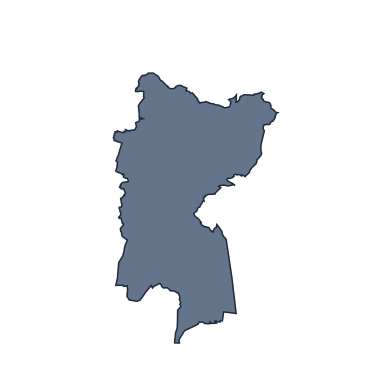 Almoloya, Hidalgo, Mexico (Robinson projection), rotated 319°
{"feature_id": "50627088B66960340766478", "entity_name": "Almoloya", "entity_type": "district", "adm_level": 2, "iso_a3": "MEX", "parent_name": "Mexico", "parent_adm1": "Hidalgo", "projection": "robinson", "projection_center": [-98.314, 19.738], "detail": "fine", "context": "isolated", "style": "filled", "palette": "slate", "viewbox_px": 384, "rotation_deg": 319, "n_neighbors": 0, "source": "geoboundaries", "source_scale": "gbopen_adm2", "svg_char_len": 6058}
<svg xmlns="http://www.w3.org/2000/svg" viewBox="0 0 384 384"><g transform="rotate(319 192 192)"><path d="M249.8,213.7L253.2,213.0L256.5,212.7L258.3,212.9L260.4,211.9L262.4,210.3L264.9,210.2L268.2,209.5L270.1,208.3L270.4,207.3L271.2,206.0L273.1,203.7L274.2,202.7L274.7,201.9L286.6,193.4L287.3,191.0L288.1,189.9L288.8,189.3L289.8,189.0L290.2,188.6L291.1,188.9L291.5,189.5L292.9,189.9L293.4,190.4L293.5,191.0L293.9,191.4L295.7,191.9L296.4,191.0L297.3,191.2L297.7,191.0L298.4,191.0L299.2,191.6L300.4,191.6L301.2,190.9L302.3,191.0L303.5,190.2L303.8,190.2L305.3,189.2L305.5,188.7L305.9,188.4L306.5,188.4L307.1,188.1L308.7,188.3L307.7,187.1L307.5,185.9L307.6,184.3L306.7,180.4L307.2,179.5L308.2,178.7L308.9,176.4L308.9,175.4L308.6,174.4L307.5,173.3L306.0,171.0L305.9,170.1L306.5,168.9L306.2,166.7L306.7,165.9L307.7,165.7L308.6,164.8L310.8,164.9L309.8,162.0L308.3,161.7L305.2,160.4L304.3,159.9L303.9,159.3L303.0,158.9L302.1,159.4L295.3,152.9L294.9,152.7L291.6,151.8L290.6,151.8L288.9,153.1L288.1,153.4L286.9,153.5L286.1,153.9L284.2,153.2L289.2,147.9L286.9,148.3L284.6,148.2L282.9,147.6L281.7,146.7L280.2,146.4L280.5,148.0L280.3,149.2L280.0,149.9L279.2,150.6L278.8,150.6L277.8,151.6L276.2,152.2L273.4,151.0L271.5,149.4L271.1,148.9L271.2,147.7L270.1,146.4L269.7,145.0L269.2,144.0L266.7,141.3L266.2,139.7L265.2,138.8L264.8,138.0L264.0,137.4L263.7,136.9L263.8,136.4L263.1,135.8L263.2,135.3L262.5,134.5L262.1,133.1L259.7,132.0L257.1,130.1L256.5,130.0L256.0,129.7L256.6,128.1L256.5,126.2L256.7,125.9L257.3,125.6L257.3,117.6L256.8,117.5L256.3,116.9L255.7,115.5L255.8,114.6L255.6,114.1L254.0,111.4L255.4,110.9L256.2,110.3L255.5,108.5L254.2,106.3L253.5,104.3L252.4,103.2L250.7,102.1L249.5,102.2L248.8,101.8L248.2,102.1L247.4,102.2L246.5,102.1L245.7,101.4L244.4,100.9L243.1,99.1L243.0,97.8L242.7,97.2L242.7,96.5L243.1,96.3L243.0,95.7L242.6,95.0L242.6,92.7L242.4,92.3L242.4,89.5L242.1,88.4L241.7,87.6L241.6,86.2L242.0,85.0L242.4,82.2L240.7,76.8L236.9,73.5L236.0,73.7L235.1,73.7L232.8,72.8L232.3,72.9L232.0,72.1L231.8,71.9L230.9,71.5L229.7,71.4L229.0,71.8L228.7,71.8L225.5,72.6L224.5,73.1L223.7,74.1L223.8,74.3L223.6,75.0L223.4,75.3L222.7,75.5L222.4,76.2L221.2,76.9L219.4,77.3L218.9,77.2L218.8,77.5L218.1,78.1L217.6,77.7L217.5,77.3L215.8,78.4L215.5,78.8L215.4,79.2L216.0,79.7L216.8,80.8L217.7,81.0L218.2,81.5L219.4,82.1L221.3,84.4L221.1,85.1L220.4,85.9L219.2,86.9L218.5,88.0L218.0,88.2L217.8,89.6L210.9,90.8L208.2,91.7L204.0,97.6L201.1,101.1L203.2,104.6L202.3,104.2L200.0,102.4L198.8,103.9L194.8,102.8L192.9,106.3L189.8,107.5L186.7,105.7L184.8,104.4L184.3,104.6L182.8,101.4L182.1,102.7L181.1,102.1L180.6,102.5L180.3,101.9L179.9,102.4L178.8,101.7L177.2,99.7L175.8,96.8L174.9,97.6L173.6,96.0L168.1,99.6L168.2,100.1L168.0,100.9L167.7,101.3L168.0,101.6L167.5,102.1L167.1,102.2L171.2,109.1L158.8,116.9L158.6,116.7L156.5,118.0L155.2,118.5L155.1,119.1L155.4,120.5L151.6,124.0L148.2,126.3L148.5,127.0L148.6,127.8L150.8,131.6L150.7,132.9L150.9,133.3L152.2,133.5L152.3,133.8L151.7,134.4L150.5,135.1L150.2,136.0L151.0,138.2L152.2,139.3L151.1,142.4L150.9,142.4L145.8,139.2L143.9,139.3L143.3,139.8L142.9,139.5L142.3,139.8L141.9,140.8L141.0,140.9L140.7,140.6L140.4,140.8L140.9,143.6L141.8,144.3L142.5,144.5L142.6,144.9L142.1,145.8L141.2,148.8L139.1,150.3L139.1,149.6L138.3,149.7L137.7,150.2L137.0,150.1L136.1,150.5L134.4,150.1L133.8,150.1L133.0,151.7L131.6,153.8L130.9,155.8L130.4,155.9L129.4,156.9L129.0,157.1L128.4,156.6L128.1,156.6L127.9,156.2L127.0,155.8L126.3,156.6L125.5,158.9L124.7,159.6L124.5,161.3L124.3,161.6L122.7,162.5L122.6,162.8L120.0,162.9L119.8,163.8L120.0,164.5L120.4,164.8L121.3,165.2L118.9,169.9L119.4,171.5L116.9,172.3L116.1,172.2L113.7,172.8L112.5,174.8L112.3,175.7L112.5,175.8L110.5,179.0L110.3,180.3L111.7,185.8L106.9,188.2L104.5,189.8L101.2,192.6L99.6,193.5L99.2,194.1L97.1,195.1L90.5,197.1L79.2,208.1L73.2,212.5L78.8,217.1L78.4,217.8L78.8,218.7L81.5,220.3L80.7,221.2L80.5,221.8L78.7,224.1L77.3,225.6L76.4,225.8L76.1,226.6L75.1,227.5L74.9,227.5L74.3,228.5L73.9,232.6L75.0,233.7L78.7,238.4L80.3,239.0L82.0,239.5L91.7,237.2L99.8,235.8L99.2,238.6L100.2,238.4L100.8,238.0L107.8,240.0L107.8,241.9L107.3,243.2L107.2,244.8L107.7,246.0L108.3,246.2L108.9,246.9L110.1,247.6L110.4,248.1L111.0,250.4L110.7,251.9L111.8,253.4L113.8,255.2L114.4,257.8L114.7,258.0L114.7,258.6L115.2,259.0L115.4,259.4L114.2,262.7L113.2,264.1L112.2,264.4L111.8,265.1L111.7,265.9L111.0,268.2L109.3,268.6L109.1,268.9L108.8,270.4L108.2,271.2L103.6,271.8L97.0,279.2L91.7,284.8L86.5,288.0L86.0,288.8L80.7,293.5L79.9,294.5L83.4,297.7L85.5,294.8L95.4,291.8L107.7,295.2L110.3,295.7L110.6,295.2L112.3,294.9L113.4,296.3L114.8,297.0L114.9,297.3L115.3,299.4L117.6,301.9L119.0,302.9L120.4,301.6L120.5,301.9L120.4,302.4L119.7,303.4L124.4,306.9L124.5,304.5L125.6,305.4L125.3,306.0L128.1,308.6L128.7,307.8L130.4,309.1L137.3,303.3L145.6,312.6L166.0,282.7L186.8,250.0L186.7,248.4L186.9,247.8L186.6,246.1L187.1,244.8L187.3,243.3L188.2,242.2L188.7,241.3L189.5,232.8L188.0,233.8L187.8,234.3L187.5,234.5L186.4,234.4L185.6,234.2L184.3,234.4L183.1,235.0L182.0,236.1L180.8,235.0L181.3,234.3L180.9,234.2L180.9,232.4L181.4,229.8L180.1,228.4L180.0,227.7L179.2,227.0L178.6,226.1L178.5,225.2L177.8,224.3L177.7,223.7L178.0,222.9L177.8,221.3L177.9,221.0L179.0,221.2L179.2,216.3L178.3,212.3L178.5,212.0L178.9,210.1L179.3,209.4L181.3,209.2L182.4,209.7L183.0,209.5L184.0,209.1L185.6,207.9L186.8,208.0L187.9,208.4L189.3,207.9L189.9,207.5L192.3,207.0L193.8,206.2L194.7,205.9L195.1,206.8L195.8,205.9L196.0,205.2L196.9,204.1L198.9,204.2L198.9,203.5L202.5,204.3L207.9,208.6L208.7,208.0L216.4,207.7L216.3,206.5L215.8,205.2L217.3,205.5L218.4,206.2L220.6,207.9L223.3,211.1L226.5,213.0L227.3,213.2L228.0,213.6L228.8,215.4L228.6,214.1L228.1,211.8L226.3,207.6L226.6,206.8L226.5,205.5L226.9,205.1L228.0,205.1L229.6,206.8L232.1,207.6L232.7,207.2L233.0,207.8L234.0,207.7L234.3,207.0L235.6,206.8L236.1,207.0L236.8,207.6L237.2,208.8L238.1,208.8L239.8,211.1L239.6,211.4L239.8,212.0L239.9,211.7L240.5,211.6L240.9,211.9L241.8,213.4L241.9,214.8L242.1,215.3L243.6,215.0L247.9,215.0L249.8,213.7Z" fill="#64748b" stroke="#1e293b" stroke-width="1.5"/></g></svg>